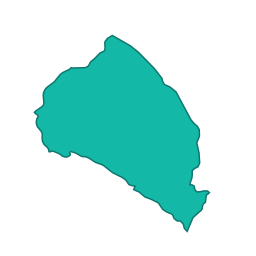 Guidimaka, Albers equal-area conic projection, rotated 104°
{"feature_id": "MRT-2790", "entity_name": "Guidimaka", "entity_type": "Region", "adm_level": 1, "iso_a3": "MRT", "parent_name": "Mauritania", "parent_adm1": "", "projection": "albers", "projection_center": [-12.01, 15.395], "detail": "fine", "context": "isolated", "style": "filled", "palette": "teal", "viewbox_px": 256, "rotation_deg": 104, "n_neighbors": 0, "source": "natural_earth", "source_scale": "10m", "svg_char_len": 1794}
<svg xmlns="http://www.w3.org/2000/svg" viewBox="0 0 256 256"><g transform="rotate(104 128 128)"><path d="M49.7,171.2L46.0,169.6L42.0,165.6L47.7,145.6L52.0,136.2L64.1,116.6L71.6,107.1L74.7,105.5L77.0,103.1L78.0,97.4L81.3,90.2L104.9,68.8L107.8,64.7L109.5,61.2L112.5,58.4L118.7,56.7L125.7,57.7L134.9,53.1L144.5,50.0L148.7,50.7L151.4,53.8L154.0,55.4L157.5,54.4L161.4,53.9L165.1,54.3L168.1,54.3L167.7,52.0L168.4,49.7L170.3,48.9L172.3,47.6L173.3,45.2L172.1,42.0L170.6,39.0L169.9,35.6L171.0,33.4L172.6,34.4L174.2,35.8L181.4,34.9L183.2,36.4L185.6,36.9L187.6,36.5L189.7,36.8L199.3,43.3L214.0,45.6L211.8,49.0L208.2,50.9L206.7,52.7L205.7,54.9L205.9,56.5L206.3,57.8L204.7,61.4L201.5,63.7L200.7,65.6L200.6,67.5L199.9,71.0L198.6,74.6L193.3,80.5L191.7,87.6L190.8,94.9L187.5,101.5L186.4,107.6L182.9,107.0L182.9,111.9L182.6,113.5L179.1,117.4L177.3,121.9L175.1,132.1L170.5,142.2L169.9,144.4L169.2,151.3L166.6,158.9L166.2,161.9L166.3,163.3L166.8,165.3L166.6,166.7L165.0,172.5L164.7,176.8L164.5,177.6L165.8,178.6L166.7,178.2L167.5,177.6L168.3,177.6L170.0,178.9L171.0,180.5L171.4,182.5L171.1,185.1L170.0,187.4L169.3,190.0L168.6,195.1L168.7,196.0L169.1,196.7L170.1,198.0L170.1,198.9L169.3,199.4L168.3,199.7L167.8,199.9L167.3,200.6L166.6,201.3L165.9,202.3L165.3,203.6L164.2,205.5L162.2,207.3L159.7,208.6L154.1,209.9L152.1,211.6L148.8,216.1L146.4,217.8L143.7,218.6L140.9,218.6L138.3,217.9L137.3,218.7L136.6,220.9L135.5,222.6L133.9,221.8L128.1,216.6L126.0,215.5L123.0,216.0L117.1,218.1L114.1,218.5L111.0,217.9L108.6,216.8L101.0,210.7L92.3,206.6L89.8,204.5L85.2,198.9L83.2,197.8L83.2,196.2L80.0,184.8L79.3,183.4L78.1,182.0L76.6,181.2L73.4,180.5L71.9,179.6L69.5,177.7L61.9,173.2L60.1,170.9L59.1,169.8L57.8,169.4L55.6,169.7L51.3,171.0L49.8,171.2L49.7,171.2Z" fill="#14b8a6" stroke="#0f766e" stroke-width="1.5"/></g></svg>